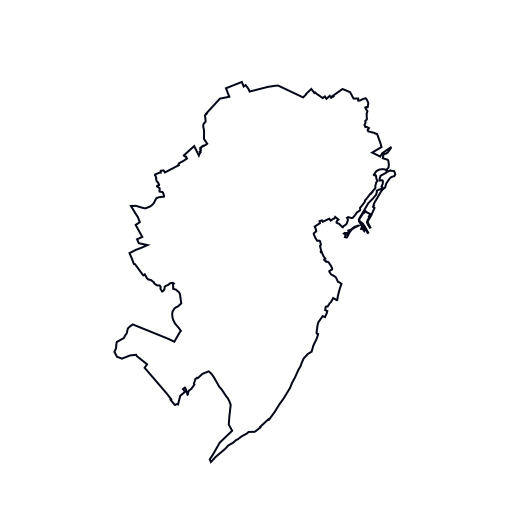 Kota Banda Aceh, Aceh, Indonesia (Albers equal-area conic projection), rotated 153°
{"feature_id": "22746128B56363132836699", "entity_name": "Kota Banda Aceh", "entity_type": "district", "adm_level": 2, "iso_a3": "IDN", "parent_name": "Indonesia", "parent_adm1": "Aceh", "projection": "albers", "projection_center": [95.318, 5.562], "detail": "fine", "context": "isolated", "style": "outline", "palette": "ink", "viewbox_px": 512, "rotation_deg": 153, "n_neighbors": 0, "source": "geoboundaries", "source_scale": "gbopen_adm2", "svg_char_len": 6102}
<svg xmlns="http://www.w3.org/2000/svg" viewBox="0 0 512 512"><g transform="rotate(153 256 256)"><path d="M389.7,92.9L383.2,95.3L370.9,98.2L366.6,99.8L361.4,100.0L357.4,101.0L355.2,101.0L350.7,101.8L344.7,102.0L342.4,102.6L337.4,100.1L336.4,100.0L329.8,101.3L329.8,101.9L319.0,104.9L318.9,104.3L318.4,104.4L310.1,108.6L302.0,113.5L296.6,116.2L285.7,122.9L280.8,127.1L276.6,129.9L269.8,135.4L266.7,137.3L263.6,140.2L260.0,143.1L254.2,145.2L249.9,145.5L245.6,150.1L239.2,155.0L236.3,157.9L236.1,158.3L237.1,159.3L237.0,160.0L232.8,166.1L230.6,168.6L223.8,172.2L222.3,170.2L218.5,173.3L217.5,174.6L218.9,176.4L217.3,178.7L216.2,179.1L215.2,178.5L214.8,178.6L211.9,180.4L209.8,181.1L206.3,183.5L204.0,179.9L203.5,180.0L201.2,183.2L196.7,188.3L192.5,192.4L193.5,194.4L194.7,195.8L194.5,200.5L195.3,202.4L197.5,205.6L197.8,208.8L197.5,209.3L194.3,209.5L193.8,210.3L193.7,213.0L194.1,217.1L194.8,218.3L196.1,219.0L196.0,219.8L196.7,220.3L196.9,221.7L196.8,221.9L195.5,222.1L196.0,225.5L195.6,229.6L196.5,229.9L196.3,230.6L195.7,230.6L195.6,230.9L194.4,235.9L193.1,236.5L192.2,240.0L192.5,240.8L194.6,241.8L194.9,245.2L194.6,249.4L194.3,249.9L191.1,250.7L190.5,252.7L190.3,255.6L184.1,256.2L183.6,258.2L181.1,257.8L181.0,256.2L173.8,256.0L173.4,253.6L170.1,254.1L169.3,253.9L168.2,254.3L167.7,254.8L166.0,251.0L167.0,250.8L168.5,250.1L169.1,249.2L168.6,248.2L167.4,247.1L166.1,243.1L165.6,242.2L164.6,242.8L161.6,243.2L160.6,243.6L157.8,246.2L157.6,246.8L157.6,248.7L156.2,248.8L153.9,246.6L152.6,246.1L149.8,247.1L146.2,249.1L143.1,249.3L142.2,249.9L141.5,251.6L134.9,254.6L133.5,256.1L132.0,256.6L126.4,259.3L124.5,260.0L124.6,259.6L124.1,259.8L124.4,260.0L119.5,262.0L118.5,262.7L118.1,264.0L115.2,267.2L113.9,267.5L113.7,269.9L112.7,272.9L112.8,273.7L113.9,274.1L114.2,274.8L110.8,276.7L109.7,277.0L106.9,277.0L103.9,276.0L102.2,274.9L101.1,273.7L101.2,271.5L102.2,271.1L108.7,270.9L111.6,267.7L111.4,267.0L109.2,266.2L108.9,265.2L110.3,262.8L112.5,261.0L112.2,260.0L114.5,258.7L115.4,259.2L118.6,259.4L119.6,257.7L121.2,256.1L125.5,254.2L131.9,252.1L147.7,242.0L148.5,240.2L147.4,229.4L147.0,229.3L147.2,230.6L146.2,230.6L146.0,225.8L145.6,225.7L145.4,225.8L145.7,232.6L146.2,236.7L147.9,239.9L147.5,241.5L146.4,242.4L140.3,245.9L139.8,245.3L138.1,246.4L137.3,244.3L134.9,241.2L135.0,240.7L136.6,239.6L136.8,240.0L136.2,240.3L136.4,240.6L137.7,239.8L137.6,239.5L136.9,239.9L136.7,239.5L140.1,237.4L141.9,235.6L142.0,233.3L141.7,229.5L141.1,229.5L141.2,234.5L140.8,236.1L135.0,239.8L128.6,245.0L129.4,246.6L128.0,247.5L128.1,248.0L126.3,249.7L114.8,257.0L112.6,257.9L109.9,258.4L107.0,261.5L101.9,264.3L99.6,264.9L96.6,264.4L94.9,265.4L94.3,268.9L97.2,270.8L97.3,271.2L100.3,271.4L100.3,273.7L98.0,274.5L97.5,275.0L96.1,277.1L94.8,281.1L95.1,282.1L98.6,285.5L96.1,288.8L93.4,288.2L91.7,288.4L86.7,291.0L86.7,291.6L96.7,290.3L100.2,288.2L105.5,295.4L94.7,296.1L93.9,300.1L92.7,309.8L94.4,311.2L94.4,311.7L99.4,316.1L99.4,317.6L97.3,318.7L99.3,321.3L100.0,321.3L99.8,323.6L98.0,324.9L97.5,326.6L95.2,327.4L92.7,332.8L91.0,334.3L91.4,337.6L91.2,338.7L89.6,338.4L89.4,338.0L88.9,337.9L86.5,341.3L86.3,344.1L86.6,346.7L89.4,347.3L93.2,347.4L94.4,348.2L93.5,349.9L97.6,352.0L97.8,359.3L103.1,365.5L115.1,363.8L114.7,363.0L117.2,362.9L117.5,365.2L121.9,364.1L122.2,366.9L124.8,366.4L128.4,373.1L129.1,375.0L130.0,374.8L130.9,379.7L137.7,377.7L137.9,377.3L142.0,375.9L158.9,397.8L162.0,399.1L168.7,401.3L187.0,405.4L186.9,408.6L187.7,413.0L190.0,412.6L189.6,417.5L206.6,419.1L207.5,410.0L216.7,412.6L235.5,405.6L235.3,405.2L237.6,404.5L239.2,400.1L240.0,398.5L242.7,397.6L243.6,396.5L244.4,394.8L245.3,391.4L249.2,383.9L248.5,378.2L249.9,377.9L252.9,377.8L252.9,378.1L254.3,377.9L254.3,378.1L256.7,377.5L256.4,376.5L257.3,376.2L257.3,374.8L258.7,374.5L258.4,373.4L259.9,372.8L261.3,371.5L261.2,382.0L274.6,378.4L274.4,377.3L273.3,376.4L273.2,375.7L273.5,375.3L273.3,374.2L277.7,373.6L279.9,373.7L282.5,373.5L283.4,373.0L283.4,372.0L299.2,371.8L299.5,374.2L302.2,375.2L303.1,373.5L303.9,374.0L308.8,374.5L309.3,373.9L309.2,372.5L309.6,370.6L310.2,369.7L310.5,367.7L309.9,365.8L310.0,363.3L310.2,363.1L312.1,363.4L312.6,362.9L311.1,360.1L311.8,358.7L312.5,357.9L312.7,357.2L310.4,355.5L310.1,354.7L310.6,351.4L311.2,350.7L316.0,352.5L318.7,352.7L323.2,349.4L325.8,348.5L328.1,348.2L332.5,348.6L333.3,348.9L335.4,350.6L340.2,355.2L344.7,357.3L344.1,348.8L343.6,344.3L344.2,338.9L349.1,338.3L348.7,324.6L354.4,324.9L354.6,320.6L347.7,315.0L353.6,315.3L360.2,316.0L367.4,316.0L367.8,310.0L368.4,304.3L367.5,303.6L365.3,290.0L364.6,289.8L363.4,290.1L363.3,285.9L362.8,284.1L360.6,282.4L358.9,278.7L359.1,277.6L357.6,274.8L355.2,273.5L355.0,271.7L356.0,270.3L355.8,267.0L354.3,267.0L352.6,268.1L351.3,270.0L350.3,270.3L347.3,270.1L344.8,270.7L342.2,269.8L341.7,268.7L342.7,268.5L344.7,264.3L342.7,262.5L341.1,258.7L341.0,256.8L344.1,247.7L348.5,246.5L350.8,246.6L352.4,246.3L355.6,244.4L357.0,242.4L358.2,239.5L358.8,236.6L358.8,232.6L357.5,227.1L356.9,223.4L358.3,222.8L367.7,216.7L372.0,222.3L396.9,251.0L400.9,250.3L403.1,249.6L406.4,245.7L408.3,244.8L411.0,242.9L419.0,242.6L420.5,240.8L422.6,237.3L425.7,234.8L425.6,229.3L422.0,225.4L413.4,224.6L407.7,222.4L407.6,220.8L402.2,208.9L406.0,207.0L398.2,175.0L396.6,166.9L397.4,166.7L396.0,160.3L395.4,159.9L394.2,160.1L393.5,159.8L392.9,159.1L387.0,165.8L380.9,167.2L381.5,170.6L379.2,171.1L378.9,170.9L379.1,168.2L380.0,163.5L379.6,163.5L377.6,166.1L376.3,166.6L374.0,167.0L369.3,169.4L369.3,170.4L365.8,173.9L363.8,174.3L363.3,173.6L357.3,175.3L350.5,174.7L349.5,172.2L348.8,169.1L348.4,164.1L348.1,155.9L347.2,152.9L346.2,144.1L345.7,142.2L345.7,138.7L346.1,134.9L352.6,125.1L356.8,118.1L356.6,111.1L373.0,106.2L384.1,98.9L389.5,95.8L389.7,92.9ZM165.6,234.8L165.4,234.3L167.0,233.8L168.2,232.5L166.9,231.3L166.2,231.4L161.4,234.9L158.3,236.2L155.7,236.5L150.9,236.5L151.3,236.8L153.7,237.0L154.5,237.3L157.5,236.9L159.1,236.3L162.2,236.8L162.4,235.9L161.8,235.4L163.8,234.8L166.7,236.3L167.5,236.1L167.1,235.5L165.6,234.8ZM148.4,234.0L150.0,232.4L148.6,231.6L148.3,229.2L148.0,229.4L148.1,230.9L148.4,234.0Z" fill="none" stroke="#020617" stroke-width="2"/></g></svg>